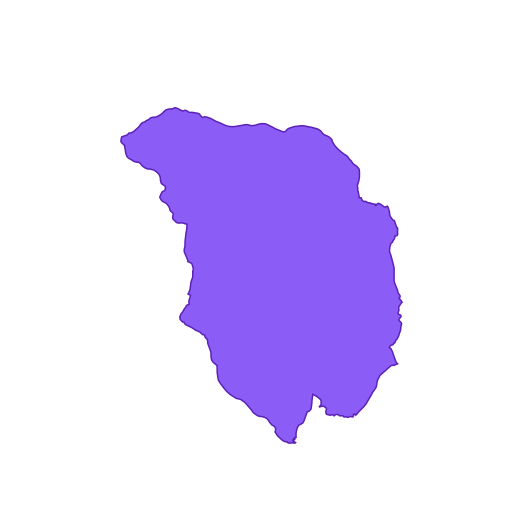 Sarateni, Mures, Romania, rotated 213°
{"feature_id": "2599482B70321377135437", "entity_name": "Sarateni", "entity_type": "district", "adm_level": 2, "iso_a3": "ROU", "parent_name": "Romania", "parent_adm1": "Mures", "projection": "natural_earth1", "projection_center": [25.019, 46.575], "detail": "fine", "context": "isolated", "style": "filled", "palette": "violet", "viewbox_px": 512, "rotation_deg": 213, "n_neighbors": 0, "source": "geoboundaries", "source_scale": "gbopen_adm2", "svg_char_len": 6108}
<svg xmlns="http://www.w3.org/2000/svg" viewBox="0 0 512 512"><g transform="rotate(213 256 256)"><path d="M405.0,336.1L405.6,334.7L406.3,333.8L409.0,331.9L410.6,330.1L411.1,329.4L411.4,328.7L411.8,327.3L412.4,324.0L413.2,322.3L414.1,320.3L415.5,318.2L417.0,316.9L418.6,315.7L419.5,314.7L420.3,312.1L420.8,311.1L421.6,310.1L422.2,308.1L423.6,306.3L424.1,305.3L424.5,303.8L424.5,300.8L426.4,293.6L427.9,291.1L429.4,290.0L429.6,289.7L429.8,288.1L430.2,287.0L433.5,282.8L432.9,280.9L431.7,278.5L431.1,278.1L430.2,277.8L426.5,277.1L421.2,271.3L418.8,269.4L417.7,268.9L416.5,268.7L415.5,268.6L413.7,268.8L409.6,268.9L407.5,269.6L405.7,270.5L404.3,270.8L403.2,270.6L400.9,269.7L398.9,269.5L396.4,269.5L394.6,269.9L393.6,270.3L392.1,271.3L388.3,272.5L384.5,272.3L381.4,271.5L379.0,269.7L377.2,267.3L375.4,265.6L374.2,265.2L370.5,265.1L370.1,264.9L369.3,264.1L369.0,263.7L368.3,262.0L368.3,261.2L368.6,260.4L369.4,259.3L369.6,258.3L369.4,256.3L368.8,253.1L368.1,252.4L366.2,251.5L364.8,251.0L363.6,250.9L360.7,251.3L358.9,251.0L356.3,250.1L354.8,249.2L352.8,247.4L351.7,247.1L349.3,246.8L348.6,246.5L348.0,245.7L347.7,244.5L346.6,242.5L345.8,241.9L345.1,241.5L344.2,241.5L341.8,240.9L340.1,240.9L338.8,241.5L336.3,243.3L335.0,244.0L333.3,244.3L331.2,245.1L329.7,242.6L328.1,239.4L326.7,236.1L323.5,229.7L320.9,225.5L319.7,222.2L318.3,220.3L310.3,214.9L310.2,214.2L306.5,214.7L305.1,214.3L301.9,211.4L301.4,210.7L300.6,208.5L297.8,204.4L297.2,202.4L296.4,198.9L293.0,191.7L292.9,190.7L292.3,188.4L292.5,187.7L292.3,187.1L291.1,187.1L290.2,187.4L289.4,187.2L288.3,183.5L288.1,182.4L286.8,180.1L286.6,179.9L286.1,179.8L285.8,179.5L285.8,178.9L286.1,178.3L287.0,177.5L287.3,176.7L287.1,174.0L287.3,172.9L287.1,169.6L287.3,166.5L286.8,163.6L286.4,163.1L285.9,163.0L285.5,161.7L284.7,161.4L281.6,160.7L280.2,161.2L278.7,160.3L277.2,160.2L270.5,161.0L266.2,160.9L261.5,161.7L258.6,161.0L257.6,161.1L256.6,161.6L256.0,161.7L255.1,160.7L254.3,160.2L253.1,159.8L251.9,159.6L250.4,158.6L249.1,156.7L248.3,156.0L242.9,152.0L241.3,150.6L238.2,146.2L236.5,144.6L234.3,143.6L229.0,142.9L225.2,137.3L221.7,133.2L219.8,131.3L215.9,129.5L211.2,127.8L207.2,126.6L203.1,125.8L199.0,125.8L194.7,125.9L192.0,127.0L190.7,127.3L186.1,127.2L182.2,126.2L175.7,124.3L173.2,123.2L171.0,123.0L167.5,122.9L164.8,123.8L163.6,124.6L160.7,125.4L158.3,125.6L156.3,125.0L153.7,123.8L150.8,123.0L148.1,123.1L146.0,122.4L145.0,121.1L144.1,118.8L140.0,116.9L134.3,115.9L132.8,115.8L130.9,116.0L129.5,116.5L128.9,117.0L127.1,116.7L125.4,117.7L124.3,118.8L122.1,119.9L121.1,120.7L121.1,121.1L124.4,121.0L124.7,121.3L124.9,123.8L124.7,123.9L123.7,122.7L123.5,123.1L124.1,124.5L124.3,125.2L124.1,125.5L123.6,125.6L123.6,125.9L124.4,126.8L125.9,129.2L127.0,131.8L127.8,134.4L128.0,137.2L126.3,140.3L125.8,141.5L125.9,143.6L128.1,153.0L126.9,154.9L126.6,156.3L126.5,157.6L128.9,162.8L130.4,165.4L133.0,171.0L128.2,171.3L123.4,170.7L123.1,170.5L121.5,168.5L120.5,166.8L120.8,164.1L120.5,164.0L119.3,165.4L118.1,166.5L117.0,166.9L116.0,166.8L115.6,167.0L114.6,166.7L113.8,166.2L113.2,165.4L112.8,163.5L112.2,163.0L111.6,162.2L110.8,161.7L110.5,161.7L108.6,162.3L108.2,162.7L107.5,162.6L107.1,162.8L106.9,163.3L105.3,164.5L104.5,164.6L103.4,164.5L103.2,164.8L103.1,165.9L102.4,166.8L101.8,167.3L100.8,167.6L98.4,167.6L97.7,168.4L96.3,169.1L95.7,169.3L94.9,168.9L94.2,169.1L93.3,170.0L91.6,170.4L91.0,170.8L89.5,172.7L88.9,173.1L87.5,173.5L87.1,173.8L87.5,174.7L87.1,175.3L88.0,176.4L87.4,176.9L86.5,177.3L85.8,177.2L85.6,177.0L85.4,177.5L85.5,178.3L85.2,179.0L85.0,181.4L83.7,187.4L83.1,191.9L83.3,194.7L83.6,202.2L83.9,204.9L83.7,210.5L84.0,212.2L85.7,216.0L86.4,218.0L87.0,223.4L83.1,237.4L81.4,239.3L80.6,239.4L79.0,242.4L78.7,242.3L78.5,242.7L79.4,242.8L81.2,243.6L89.9,250.3L92.2,251.7L94.4,251.8L94.4,253.9L94.0,255.0L93.2,255.6L92.7,256.7L93.1,257.9L92.4,258.5L92.4,259.9L93.0,261.4L92.5,262.3L92.5,263.4L92.9,267.2L93.3,268.1L93.8,269.4L93.7,270.0L94.4,272.6L96.0,275.7L96.8,278.2L97.8,279.1L100.7,279.8L101.5,280.5L101.7,281.5L101.3,284.1L101.6,284.6L102.3,285.1L105.1,284.9L105.9,285.6L106.6,288.5L107.9,289.9L108.5,291.3L108.6,295.9L108.2,296.6L108.8,297.1L109.9,297.6L111.0,297.7L111.9,298.3L112.9,298.3L113.1,298.9L112.9,299.7L113.2,300.8L114.6,301.7L116.2,302.1L119.1,304.7L124.3,308.3L126.7,310.4L133.5,320.9L135.3,322.8L140.0,327.1L143.7,330.4L145.6,331.6L146.8,333.1L148.2,335.5L148.7,336.5L149.6,340.0L149.6,340.8L149.1,341.7L149.1,342.2L149.3,342.8L149.4,345.7L149.9,347.9L150.2,348.2L150.3,348.5L149.2,349.5L148.8,350.2L148.8,350.5L149.2,351.7L150.1,352.8L152.3,356.4L152.7,356.6L153.0,356.4L154.8,357.5L159.3,361.1L160.5,360.8L161.7,361.0L164.6,362.2L166.1,363.2L168.2,365.8L171.3,368.4L172.8,369.4L173.8,368.4L174.2,367.2L175.4,367.0L179.3,367.3L181.6,367.0L182.6,366.3L182.8,365.4L182.8,363.9L183.1,363.5L183.9,363.9L184.1,364.3L184.6,364.3L185.5,363.7L186.9,363.3L188.0,362.8L189.7,362.6L191.0,361.6L193.0,361.6L194.2,361.4L195.2,360.4L197.4,360.5L198.1,361.2L198.7,361.4L199.6,362.1L200.3,361.4L200.8,361.2L201.5,361.6L205.7,366.0L206.8,366.9L207.5,368.2L209.3,370.1L210.9,375.6L212.5,378.9L214.9,382.7L216.8,385.0L219.8,386.0L224.8,386.3L228.2,387.7L230.4,388.0L232.8,389.1L234.7,389.5L237.7,389.4L241.4,389.7L245.5,390.3L249.9,391.4L253.9,393.3L255.2,394.2L255.3,394.7L257.1,395.3L258.6,395.5L260.3,395.6L265.3,394.8L267.9,395.4L269.8,396.1L271.5,396.2L273.0,396.1L274.8,395.8L275.9,395.3L278.3,394.6L281.0,393.6L283.5,392.4L283.7,392.5L285.1,392.0L288.5,390.3L294.4,385.4L298.1,380.8L298.8,379.2L299.1,376.7L299.5,376.0L300.4,375.2L301.8,374.7L308.2,373.4L309.6,373.2L312.1,373.1L318.6,372.3L320.3,371.9L322.9,370.4L323.8,369.8L325.9,367.7L327.6,365.5L330.0,363.4L331.3,362.6L334.7,361.5L335.8,360.8L337.7,359.2L339.7,357.2L342.5,354.7L345.0,352.4L347.9,350.6L350.7,349.4L352.6,348.9L358.7,348.0L363.0,347.1L368.9,346.7L372.9,345.7L374.7,344.9L375.2,344.5L375.7,343.5L376.5,343.1L377.2,343.1L378.5,343.5L379.8,343.8L380.8,344.3L382.5,344.0L388.0,341.6L389.9,340.3L390.6,340.0L393.1,340.1L394.4,339.8L395.2,339.3L396.0,338.1L396.6,337.6L402.8,336.9L404.6,336.3L405.0,336.1Z" fill="#8b5cf6" stroke="#5b21b6" stroke-width="1.5"/></g></svg>